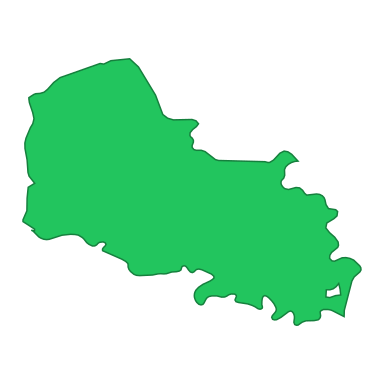 Pas-de-Calais, Natural Earth projection
{"feature_id": "FRA-5334", "entity_name": "Pas-de-Calais", "entity_type": "Metropolitan department", "adm_level": 1, "iso_a3": "FRA", "parent_name": "France", "parent_adm1": "", "projection": "natural_earth1", "projection_center": [2.469, 50.516], "detail": "fine", "context": "isolated", "style": "filled", "palette": "green", "viewbox_px": 384, "rotation_deg": 0, "n_neighbors": 0, "source": "natural_earth", "source_scale": "10m", "svg_char_len": 3429}
<svg xmlns="http://www.w3.org/2000/svg" viewBox="0 0 384 384"><path d="M31.3,230.2L34.5,230.8L34.6,229.1L23.0,221.6L23.0,219.8L26.9,210.8L27.1,198.2L28.2,187.3L34.7,183.3L29.1,176.2L28.0,172.5L27.1,159.9L25.0,148.5L24.9,143.0L26.0,138.2L30.4,127.7L32.8,123.7L34.0,118.7L32.7,112.5L29.4,102.7L28.9,99.0L28.9,97.6L33.9,94.4L35.8,93.7L40.1,93.4L44.1,92.2L47.6,89.3L53.7,82.5L60.1,77.6L100.1,63.5L103.8,64.1L110.9,60.7L129.7,58.8L138.5,67.0L155.5,95.1L162.8,114.5L167.6,118.2L173.4,119.9L192.0,119.5L196.0,120.8L198.5,123.8L196.4,126.6L192.7,129.5L190.1,132.7L189.9,135.5L190.8,137.0L192.2,138.1L193.4,140.2L193.4,142.2L192.1,145.6L192.2,147.5L193.9,149.6L196.3,150.3L201.3,150.3L205.1,151.6L215.4,159.6L218.5,160.5L264.9,161.7L268.0,162.5L269.7,162.4L273.5,160.1L279.9,153.2L284.1,151.1L287.9,151.8L291.7,154.3L298.0,161.1L294.9,161.4L291.5,162.5L288.3,164.3L285.8,166.7L284.5,169.6L284.7,175.3L283.7,178.2L281.7,180.3L281.1,181.4L281.0,183.4L281.5,184.9L282.5,186.5L283.7,187.8L284.9,188.7L288.5,189.5L296.0,187.5L299.6,187.9L302.6,190.3L304.5,193.2L306.7,195.1L316.5,194.0L319.6,194.4L322.3,195.8L324.0,197.6L324.9,199.6L326.0,204.6L328.5,208.6L335.7,209.7L337.6,211.5L337.0,215.9L333.9,218.7L326.8,223.0L325.8,227.9L329.5,232.6L334.7,237.2L338.1,242.0L338.5,245.3L337.7,247.4L331.5,252.5L329.8,255.4L329.6,258.4L332.0,260.9L334.5,261.2L342.1,257.8L345.9,257.6L349.9,258.4L353.7,260.1L359.7,265.8L360.8,267.7L361.0,269.9L359.9,271.9L354.2,276.9L351.9,281.0L344.3,310.3L344.1,316.6L332.3,310.6L330.4,309.9L328.0,309.5L323.4,309.5L321.1,310.6L320.1,311.9L320.6,315.8L320.3,317.3L319.5,318.7L318.2,319.8L314.1,320.6L306.0,320.8L302.3,322.1L298.0,325.1L296.3,325.2L294.7,324.5L293.9,322.4L294.1,320.4L294.4,318.3L294.4,316.4L294.0,314.6L293.2,312.9L292.1,311.6L290.5,311.0L288.5,311.7L280.9,317.4L276.6,319.7L274.5,319.9L272.6,319.3L271.7,317.3L272.4,315.6L275.2,312.3L276.1,310.7L276.3,309.1L275.9,307.4L273.9,303.6L271.7,300.8L268.6,297.6L266.8,296.3L264.9,295.6L263.3,296.3L262.5,297.7L262.1,299.5L261.9,301.3L261.8,304.7L262.3,306.3L262.4,307.5L262.1,308.3L260.8,309.1L259.2,309.1L257.8,308.6L255.3,306.9L252.2,305.4L247.7,303.9L238.6,302.5L236.0,301.7L235.0,300.0L235.5,298.5L236.3,296.8L236.3,295.4L234.8,294.1L231.2,294.0L228.7,294.8L226.8,296.1L224.7,297.0L221.6,297.1L216.8,295.9L211.9,295.9L208.7,296.6L206.7,298.1L205.7,299.7L204.0,303.0L202.9,304.4L201.0,304.9L198.9,304.3L196.8,302.4L195.6,300.6L194.9,298.8L194.4,297.1L194.3,295.4L194.5,293.6L195.0,292.0L195.9,290.2L198.6,287.3L203.0,284.3L209.9,281.1L212.4,279.5L214.0,278.0L213.8,276.2L211.5,274.1L202.0,269.8L198.9,269.0L196.4,269.5L193.9,271.9L192.3,272.6L190.4,272.0L188.5,269.9L187.2,267.9L185.8,266.3L184.1,265.7L182.1,266.5L181.6,267.7L180.9,270.0L179.2,271.1L176.5,271.7L171.7,272.0L166.4,273.7L163.9,273.9L160.6,273.7L157.9,273.9L152.6,275.0L139.6,275.6L136.4,275.3L133.9,274.3L130.5,271.5L128.9,269.3L128.1,267.0L128.1,265.2L127.9,263.5L125.7,261.4L121.9,259.2L102.6,250.7L102.5,249.1L103.5,247.5L105.1,246.0L106.0,244.4L105.3,242.9L103.2,241.9L99.6,242.3L97.9,243.4L96.6,244.9L94.8,245.9L92.4,246.0L88.9,244.3L86.7,242.6L83.9,239.0L82.3,237.5L78.3,235.1L75.0,234.5L70.6,234.3L62.0,235.2L49.2,239.3L46.6,239.6L43.6,239.2L40.8,238.1L38.8,236.9L33.2,231.2L31.3,230.2ZM329.8,297.6L335.6,295.6L340.7,295.0L340.1,289.1L338.7,283.5L336.2,286.6L333.2,288.8L329.9,289.8L326.3,289.8L325.9,297.0L329.8,297.6Z" fill="#22c55e" stroke="#15803d" stroke-width="1.5"/></svg>